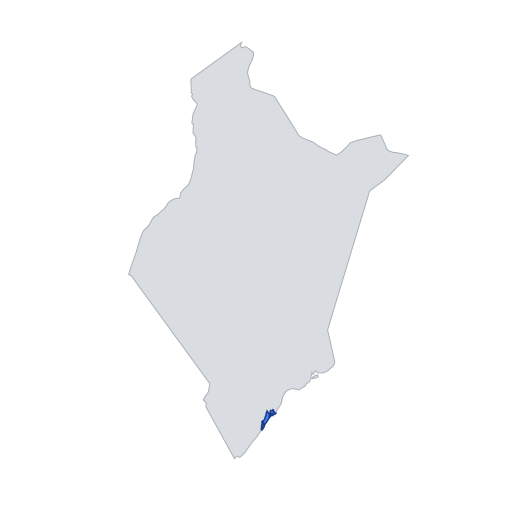 Kilifi North, Coast, Kenya (highlighted), rotated 17°
{"feature_id": "3690345B15365868811730", "entity_name": "Kilifi North", "entity_type": "district", "adm_level": 2, "iso_a3": "KEN", "parent_name": "Kenya", "parent_adm1": "Coast", "projection": "equal_earth", "projection_center": [39.892, -3.499], "detail": "fine", "context": "in_parent", "style": "filled", "palette": "blue", "viewbox_px": 512, "rotation_deg": 17, "n_neighbors": 0, "source": "geoboundaries", "source_scale": "gbopen_adm2", "svg_char_len": 5999}
<svg xmlns="http://www.w3.org/2000/svg" viewBox="0 0 512 512"><g transform="rotate(17 256 256)"><path d="M139.7,311.1L139.6,304.4L140.3,287.3L140.2,272.4L140.8,264.9L143.6,260.1L144.9,256.7L145.8,251.8L147.2,247.9L150.5,244.7L151.0,242.9L154.5,237.6L156.6,230.7L158.1,228.4L160.1,226.2L161.4,225.1L163.7,224.0L165.5,223.3L165.8,222.8L166.0,221.7L165.4,217.4L166.1,216.0L167.3,213.2L168.7,210.5L170.0,208.8L170.7,207.1L171.0,204.1L171.1,202.0L171.0,198.5L170.7,190.6L169.2,184.1L168.3,176.7L169.0,174.3L167.8,169.9L167.3,169.7L166.3,168.7L165.1,164.7L164.2,161.0L163.7,160.0L159.8,156.8L157.9,149.1L155.7,147.4L154.5,139.8L154.3,137.6L155.5,130.0L155.4,128.3L154.1,126.7L150.5,125.0L147.5,121.9L147.9,120.8L148.1,119.7L146.5,118.9L142.0,105.9L147.9,98.1L153.8,90.2L161.4,80.2L168.4,71.0L174.4,63.1L179.8,56.0L179.7,57.4L179.7,59.2L180.3,60.3L181.4,61.0L183.0,60.2L184.3,59.1L185.6,58.9L193.7,61.8L195.0,64.4L194.9,67.2L195.2,69.2L194.6,71.2L193.9,77.3L194.1,82.9L196.5,87.0L198.7,90.2L200.4,94.8L201.6,96.2L203.4,96.9L208.9,97.1L217.1,97.4L225.0,97.7L225.7,97.8L227.4,98.4L234.6,104.6L241.3,110.2L246.9,115.1L252.3,119.9L257.6,124.5L261.7,128.3L265.8,129.5L272.4,130.1L277.0,130.3L281.2,131.9L287.4,133.4L292.1,134.1L294.9,135.0L302.8,135.9L304.1,135.4L307.5,131.1L311.4,124.2L312.9,120.4L317.9,116.6L326.7,111.3L332.9,107.6L339.8,103.8L342.9,107.1L347.3,112.3L349.2,114.9L350.7,116.0L353.1,116.8L355.9,116.8L357.5,116.7L360.7,116.0L368.1,115.4L372.4,115.4L368.8,122.3L364.5,130.6L356.6,145.9L350.6,153.9L346.1,160.0L345.6,161.1L345.7,167.9L345.7,184.4L345.8,217.5L345.9,250.6L346.0,283.8L346.1,300.3L346.1,305.9L350.1,312.8L354.0,319.6L359.1,328.6L361.9,333.5L362.4,335.1L362.2,338.3L358.0,345.0L354.5,348.1L349.8,349.6L348.4,349.3L346.6,348.3L345.8,350.0L345.3,352.5L344.2,351.9L343.5,351.2L343.9,355.7L344.4,357.9L343.7,360.9L341.4,363.5L341.2,365.7L336.3,371.5L329.3,372.1L325.6,375.0L324.0,377.3L322.8,382.4L323.2,390.3L321.3,396.4L320.9,399.4L317.3,403.3L315.7,406.9L314.5,410.6L313.5,412.2L312.2,420.4L310.6,425.4L310.1,427.1L309.7,428.6L308.4,431.5L307.6,433.5L306.9,434.8L302.7,447.6L299.4,453.4L296.8,452.7L295.0,454.9L294.9,456.0L293.9,455.4L291.8,453.3L287.3,448.9L282.8,444.6L278.3,440.3L273.9,435.9L269.4,431.6L264.9,427.3L260.4,422.9L256.0,418.6L253.3,416.0L252.2,414.5L251.3,411.5L250.8,410.8L249.6,409.8L248.2,409.6L247.8,409.1L247.8,407.6L248.3,405.5L249.9,401.6L250.1,399.2L249.8,396.6L249.3,392.3L248.8,391.3L245.9,389.1L239.7,384.4L233.4,379.8L227.2,375.1L221.0,370.4L214.8,365.7L208.6,361.1L202.3,356.4L196.1,351.7L189.9,347.0L183.7,342.4L177.5,337.7L171.2,333.0L165.0,328.3L158.8,323.7L152.6,319.0L146.4,314.3L144.0,312.5L141.9,311.1L139.7,311.1ZM346.5,356.5L345.4,356.8L346.0,354.6L349.2,351.7L350.5,352.4L350.7,353.0L350.7,353.6L350.1,354.2L346.5,356.5Z" fill="#d9dde1" stroke="#a8b0b8" stroke-width="1"/><path d="M310.9,415.8L311.0,415.9L311.0,416.4L311.0,416.6L311.0,416.8L311.1,417.6L311.3,417.6L311.5,417.5L311.6,417.4L311.8,417.3L311.8,417.2L311.9,417.3L312.1,417.4L312.1,417.5L312.0,418.1L311.9,418.2L311.8,418.4L311.8,418.5L311.8,418.8L311.7,418.8L311.7,419.0L311.6,419.3L311.8,419.3L312.2,419.5L312.1,419.8L312.0,420.0L311.9,420.2L312.2,420.3L312.3,420.4L312.3,420.2L312.3,420.3L312.3,420.2L312.4,419.9L312.5,419.9L312.5,419.7L312.9,419.9L313.0,419.5L313.1,419.3L313.1,419.0L313.2,418.8L313.2,418.7L313.3,418.5L313.3,418.3L313.3,418.0L313.4,417.9L313.5,417.7L313.5,417.4L313.7,416.9L313.7,416.7L313.7,416.4L313.7,416.2L313.4,416.2L313.3,416.3L313.2,416.2L313.2,416.3L313.1,416.2L312.9,416.1L312.8,416.3L312.7,416.4L312.8,416.2L313.0,416.1L313.3,416.2L313.5,416.1L313.6,415.9L313.7,415.7L313.6,415.2L313.6,414.9L313.5,414.7L313.4,414.6L313.2,414.5L312.9,414.5L312.8,414.4L312.7,414.4L312.6,414.5L312.5,414.4L312.4,414.6L312.3,414.9L312.2,414.9L311.9,414.9L311.8,414.7L311.7,414.7L311.5,414.3L311.4,414.3L311.4,414.1L311.3,413.9L311.5,414.0L311.8,414.1L312.0,414.3L312.0,414.2L311.9,413.8L311.8,413.7L311.7,413.6L311.4,413.6L311.2,413.6L311.0,413.4L311.0,413.2L310.9,413.1L310.9,412.9L310.9,412.7L311.1,412.7L311.0,412.4L311.2,412.5L311.1,412.9L311.1,413.1L311.1,413.3L311.1,413.5L311.3,413.5L311.4,413.4L311.5,413.3L311.8,413.3L312.0,413.3L312.4,413.5L312.5,413.8L312.6,414.0L312.8,414.1L312.9,414.3L313.0,414.4L313.4,414.5L313.5,414.5L313.7,414.4L313.8,414.3L313.8,414.2L313.9,413.8L314.1,413.4L314.2,413.2L314.3,412.8L314.3,412.7L314.5,412.2L314.6,411.8L314.8,411.3L315.0,410.5L315.2,409.7L315.3,409.4L315.3,409.2L315.4,408.8L315.4,408.6L315.5,408.6L315.5,408.4L315.6,408.2L315.8,407.5L315.9,407.3L316.0,407.1L316.2,406.6L316.3,406.4L316.2,406.3L316.3,406.1L316.4,405.9L316.5,405.7L316.6,405.3L316.5,405.2L316.5,404.9L316.4,404.8L316.3,404.7L316.1,404.7L316.0,404.4L315.9,404.4L315.7,404.7L315.6,404.8L315.6,404.7L315.8,404.5L315.8,404.4L315.8,404.2L315.7,404.2L315.8,403.9L315.7,403.8L315.7,403.7L315.7,403.3L315.7,403.2L315.8,403.1L316.0,403.2L316.2,402.9L316.0,402.7L316.2,402.4L316.5,402.3L316.7,402.1L316.9,402.1L317.1,402.1L317.2,401.9L317.3,401.9L317.4,402.0L317.2,402.1L317.0,402.4L317.0,402.5L317.1,402.8L317.2,403.1L317.3,403.3L317.2,403.4L317.2,403.5L317.3,403.6L317.2,403.8L317.3,403.9L317.4,404.0L317.2,403.9L317.2,404.0L317.0,403.9L316.9,404.0L316.7,404.3L316.7,404.5L316.7,404.8L316.8,404.7L317.1,404.4L317.3,404.2L317.5,404.0L317.5,403.9L317.7,403.7L317.8,403.6L318.0,403.6L317.9,403.5L318.0,403.5L318.3,403.4L318.2,403.3L318.3,403.3L318.5,403.2L318.7,402.9L318.8,402.9L319.1,402.7L319.3,402.5L319.4,402.3L319.6,402.2L319.9,401.9L320.0,401.8L320.2,401.7L320.6,401.3L320.8,401.1L321.0,400.9L321.1,400.6L319.1,400.6L319.1,400.1L318.7,400.1L318.7,399.5L317.9,399.1L317.9,398.7L317.8,398.2L317.5,398.1L317.1,398.0L316.9,399.2L315.1,399.4L315.1,403.7L311.9,401.0L311.9,401.4L311.9,401.5L312.0,401.9L311.9,402.0L311.9,402.5L311.7,403.1L312.0,404.3L311.9,409.3L311.8,409.8L311.7,410.3L311.5,410.9L310.2,412.4L310.4,412.8L310.3,413.2L310.7,413.2L310.7,413.5L310.7,413.8L311.0,415.6L310.9,415.8Z" fill="#3b82f6" stroke="#1e3a8a" stroke-width="1.5"/></g></svg>